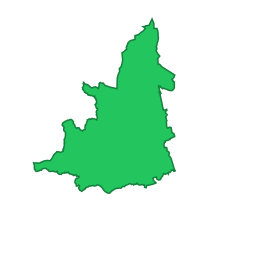 outline of Chinantla, Puebla, Mexico, rotated 314°
{"feature_id": "50627088B55612917364401", "entity_name": "Chinantla", "entity_type": "district", "adm_level": 2, "iso_a3": "MEX", "parent_name": "Mexico", "parent_adm1": "Puebla", "projection": "albers", "projection_center": [-98.289, 18.228], "detail": "fine", "context": "isolated", "style": "filled", "palette": "green", "viewbox_px": 256, "rotation_deg": 314, "n_neighbors": 0, "source": "geoboundaries", "source_scale": "gbopen_adm2", "svg_char_len": 5679}
<svg xmlns="http://www.w3.org/2000/svg" viewBox="0 0 256 256"><g transform="rotate(314 128 128)"><path d="M223.1,69.6L216.4,71.8L213.6,69.6L213.2,69.8L212.5,69.5L211.4,68.5L211.6,71.4L207.6,71.5L206.0,70.9L203.8,70.9L202.5,70.7L199.2,68.8L196.7,71.5L194.8,70.5L193.3,69.4L191.8,68.9L189.5,68.8L184.8,70.8L183.5,72.5L182.2,71.9L181.0,72.2L177.8,71.5L173.4,76.7L172.1,77.7L169.3,79.5L166.4,80.7L165.3,80.4L164.5,80.6L163.1,82.6L159.9,83.7L156.6,85.5L148.6,92.7L144.8,86.5L144.1,84.9L143.8,84.6L143.8,84.0L143.2,83.4L143.0,82.5L142.6,82.1L142.9,79.7L143.2,79.4L142.9,78.7L142.0,78.1L141.6,77.4L141.6,76.6L141.0,76.3L140.6,76.6L140.0,76.4L139.9,76.7L139.4,76.8L139.4,77.0L137.6,78.4L136.6,78.5L136.2,79.0L135.6,79.1L135.7,78.1L135.1,76.1L133.5,74.9L132.4,74.5L131.4,73.6L131.5,72.9L131.1,72.0L131.4,71.5L131.3,69.8L130.6,68.5L130.9,68.4L130.8,68.1L130.2,67.7L130.2,67.1L129.8,66.7L129.7,65.9L130.1,64.6L130.0,64.3L129.5,64.7L129.0,64.7L128.6,65.3L128.6,65.7L127.7,66.6L126.8,67.1L125.4,67.2L125.4,67.8L125.2,68.0L124.2,68.6L124.3,70.2L123.7,71.6L123.6,72.0L123.9,72.5L123.7,73.3L124.5,74.8L124.2,75.6L124.4,76.2L124.0,76.4L124.0,76.6L124.7,77.0L125.1,78.4L126.2,79.2L126.6,81.1L127.8,81.9L127.3,82.7L126.8,82.7L126.6,83.3L126.8,83.8L126.4,84.1L126.4,84.4L126.7,84.9L126.0,85.3L125.6,86.8L124.3,87.5L123.8,88.4L122.8,88.2L122.7,88.0L121.9,88.1L121.9,88.3L120.3,91.6L120.9,92.2L120.7,92.8L119.9,93.4L119.0,93.2L117.3,94.1L116.4,95.9L115.4,96.0L114.6,98.4L113.0,99.4L112.3,99.4L112.1,99.7L111.4,97.7L110.4,96.5L110.1,95.6L109.6,95.4L109.1,95.6L108.5,94.8L108.1,94.8L107.7,93.8L106.4,93.6L105.6,93.1L104.9,93.8L103.0,94.5L102.0,95.2L100.1,95.3L99.8,96.0L98.6,96.4L97.2,98.2L95.6,97.3L94.2,97.3L94.1,96.3L93.7,95.9L93.5,95.1L94.1,92.6L93.0,91.4L92.1,91.3L92.1,91.0L92.2,88.8L93.2,87.5L93.4,85.7L93.7,85.0L94.7,84.3L94.7,83.1L94.9,82.2L94.7,81.3L93.8,80.4L92.2,79.8L92.1,79.5L91.5,79.0L90.3,78.9L89.2,78.1L88.7,78.4L88.1,78.0L86.5,77.6L85.9,77.9L85.1,77.9L84.6,78.9L84.2,79.0L84.3,80.5L83.9,81.9L83.3,81.9L81.5,83.6L81.5,85.9L81.2,86.1L80.9,86.7L80.0,87.2L79.9,87.8L76.9,89.7L76.1,90.1L75.5,89.9L74.3,91.4L74.1,91.4L73.6,92.4L73.3,92.3L72.8,92.5L72.7,93.1L72.1,93.3L72.0,93.7L68.8,95.8L68.3,95.7L67.7,96.7L66.9,96.4L66.3,97.5L63.7,96.5L63.2,95.9L63.0,95.1L62.5,94.3L61.8,94.0L61.5,93.2L60.3,93.4L58.8,93.2L58.5,93.4L57.6,93.2L52.5,94.6L50.6,94.6L50.0,94.4L48.9,92.7L46.1,90.6L44.7,89.9L43.9,89.9L43.4,89.5L43.0,89.5L42.8,89.1L41.8,89.0L41.2,88.6L37.3,84.3L36.1,86.6L34.1,88.5L34.1,88.8L33.9,89.1L33.4,89.3L33.5,90.0L32.9,91.0L33.0,92.2L35.4,93.8L36.7,94.1L37.4,95.0L38.0,95.0L38.5,94.6L38.7,94.8L39.5,94.9L41.5,96.5L42.0,97.6L41.9,99.0L42.5,99.8L42.1,100.5L42.1,101.5L44.0,103.4L45.1,104.1L45.1,104.8L46.1,106.4L46.7,107.2L47.4,106.8L47.6,107.1L47.4,108.0L46.7,108.9L46.7,109.8L47.1,110.9L48.2,111.9L48.3,112.3L50.0,112.2L51.8,113.9L52.3,113.5L52.7,114.4L53.2,114.3L53.4,114.5L53.3,115.1L53.6,115.4L54.6,115.5L54.7,115.8L54.3,116.2L54.5,118.1L55.0,118.3L55.6,120.1L56.1,120.5L55.9,121.7L56.2,122.1L57.8,122.7L58.3,123.6L57.7,124.0L57.6,124.6L59.1,126.2L58.9,126.7L58.1,126.9L56.6,126.6L56.2,125.9L55.1,125.9L53.7,126.3L51.8,127.8L51.7,129.5L50.4,131.1L50.7,131.7L52.7,132.2L52.7,133.1L52.5,133.6L51.1,133.8L50.3,134.5L49.9,135.6L49.8,137.1L50.3,137.3L50.3,138.7L50.7,138.8L52.2,138.9L52.8,139.3L54.0,139.1L54.2,139.5L55.7,139.0L56.4,139.6L57.2,139.6L57.7,140.2L58.2,140.3L58.9,140.1L60.6,141.7L61.1,141.8L62.2,142.7L62.6,143.2L62.7,144.0L63.4,144.3L63.7,144.8L64.5,145.2L65.8,145.2L66.8,147.4L67.0,149.0L67.0,151.0L66.4,154.3L66.4,155.7L67.0,158.3L68.2,159.9L68.5,160.1L69.2,159.8L70.0,160.1L71.4,159.9L72.0,160.4L73.7,160.5L76.5,161.5L76.9,162.2L79.0,163.5L79.3,164.2L80.0,164.8L82.2,164.7L83.5,166.3L84.9,166.0L87.4,167.3L89.0,167.8L89.8,169.0L90.0,169.6L89.9,169.8L91.2,171.1L91.0,171.6L92.3,171.8L92.4,172.4L93.5,172.8L94.4,172.8L94.0,173.4L94.5,173.7L94.4,174.2L94.8,175.8L96.9,177.4L97.5,177.9L97.5,178.7L98.3,179.1L97.8,180.2L96.9,181.1L97.4,181.9L97.5,182.5L99.9,181.4L102.1,183.2L105.7,185.4L108.0,186.3L108.1,185.1L107.8,184.5L108.2,182.5L109.0,181.0L109.7,180.8L112.3,182.4L111.3,184.6L111.9,186.3L113.4,187.2L115.8,186.3L117.2,186.4L119.8,185.2L120.2,185.7L120.5,186.9L121.9,187.3L122.9,188.5L123.5,188.4L123.2,188.9L123.7,188.7L123.8,188.0L124.8,188.2L125.8,189.2L127.3,188.8L127.9,188.4L128.5,188.8L128.6,189.5L129.1,189.9L128.7,191.2L129.8,191.7L130.3,191.2L130.4,190.2L136.2,179.8L136.6,177.6L136.5,176.9L136.8,176.4L138.5,175.2L139.1,174.4L139.0,172.8L138.6,171.9L139.6,171.1L140.6,169.9L140.4,168.9L140.2,168.6L140.0,168.8L139.6,168.5L139.4,167.7L140.3,166.1L141.4,165.1L142.4,164.7L142.5,164.4L143.8,164.6L144.3,163.7L148.8,166.2L149.1,165.5L154.3,167.5L154.8,166.8L155.8,165.0L155.7,164.3L155.2,163.6L155.4,162.7L158.2,158.7L157.9,157.8L157.4,157.3L156.6,156.9L155.6,156.9L155.4,156.1L155.8,155.1L157.1,153.5L159.4,151.1L160.4,150.8L160.6,149.9L162.1,147.8L162.2,147.4L162.8,147.2L164.6,147.1L165.0,146.1L164.9,144.4L166.3,143.5L168.0,143.6L168.3,142.8L166.7,142.2L165.5,140.9L173.5,129.1L173.6,128.4L174.4,128.2L175.3,125.6L176.0,127.1L177.4,123.6L178.9,122.8L178.5,121.8L179.6,120.8L180.4,121.8L180.2,125.3L180.5,125.3L181.4,126.2L181.3,126.5L182.2,127.8L183.6,131.4L184.8,133.1L185.8,133.7L186.7,133.9L189.0,133.5L193.3,129.4L192.7,127.7L193.5,127.3L193.5,126.0L196.3,125.9L198.6,124.8L195.6,110.4L195.4,110.1L195.8,107.5L195.7,106.2L194.8,105.3L197.9,102.1L198.2,101.2L201.8,100.9L202.1,97.7L203.3,94.2L203.5,94.0L204.5,94.1L205.6,93.3L205.7,92.5L206.3,91.6L207.2,91.6L209.2,90.0L211.2,89.2L214.0,87.2L216.4,84.3L217.2,83.9L217.7,82.8L218.8,81.7L219.1,80.6L219.7,79.7L217.6,77.5L221.1,74.1L223.1,69.6Z" fill="#22c55e" stroke="#15803d" stroke-width="1.5"/></g></svg>